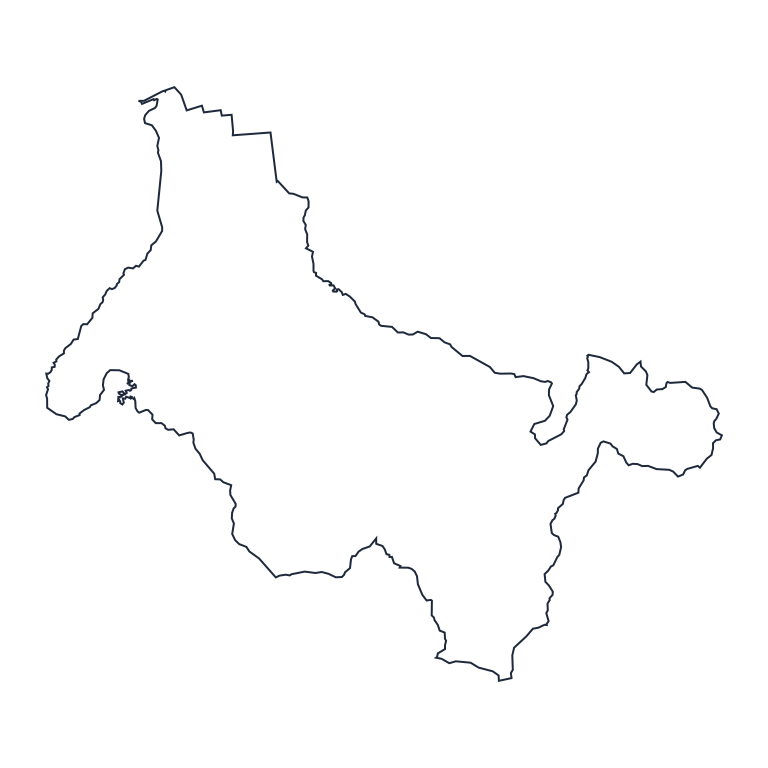 outline of Sacele, Brasov, Romania
{"feature_id": "2599482B39032167315521", "entity_name": "Sacele", "entity_type": "district", "adm_level": 2, "iso_a3": "ROU", "parent_name": "Romania", "parent_adm1": "Brasov", "projection": "mercator", "projection_center": [25.764, 45.547], "detail": "fine", "context": "isolated", "style": "outline", "palette": "slate", "viewbox_px": 768, "rotation_deg": 0, "n_neighbors": 0, "source": "geoboundaries", "source_scale": "gbopen_adm2", "svg_char_len": 6062}
<svg xmlns="http://www.w3.org/2000/svg" viewBox="0 0 768 768"><path d="M511.5,678.1L510.9,673.0L512.8,669.9L512.3,655.4L514.1,647.7L526.4,636.3L532.9,628.7L538.4,627.7L544.5,624.8L546.8,625.0L546.6,624.0L548.6,621.2L546.3,613.1L547.8,610.3L547.5,603.6L549.7,600.1L549.5,598.3L552.6,594.8L552.8,591.7L549.0,585.6L545.4,581.8L544.6,574.1L548.2,570.7L550.9,566.5L553.3,565.3L557.3,557.1L559.3,554.8L561.1,547.1L560.4,542.1L558.2,536.7L553.9,535.0L551.8,533.0L550.5,523.9L552.4,520.3L554.4,518.7L555.7,515.7L555.2,513.7L556.4,513.1L558.0,510.2L558.0,508.2L562.9,503.9L563.6,500.2L565.1,497.8L578.4,492.7L578.6,488.5L583.6,480.4L584.0,477.5L586.8,475.4L588.5,470.2L595.6,461.6L597.8,453.3L597.9,448.6L600.7,442.8L603.4,441.4L610.5,443.6L612.5,446.3L616.9,449.0L618.3,453.6L623.4,456.2L626.3,462.6L628.7,465.3L632.6,463.8L637.6,464.1L642.2,466.1L648.1,465.9L656.6,469.1L669.3,469.8L673.2,471.6L678.0,476.6L683.1,474.5L685.2,470.2L687.3,468.9L697.8,465.9L699.9,467.7L706.9,458.6L711.5,455.0L713.1,448.2L713.0,443.2L715.9,440.3L720.2,439.4L721.9,435.3L716.7,432.5L714.2,428.1L713.7,423.4L714.3,421.0L716.2,419.0L718.8,413.6L716.6,409.2L712.2,408.3L710.4,406.4L707.1,397.7L702.0,390.0L699.7,388.6L692.2,387.6L685.4,381.9L670.3,382.9L667.5,382.0L666.4,383.4L665.8,387.0L662.5,389.1L656.8,389.5L653.8,392.0L651.5,391.5L646.3,384.8L647.4,375.1L645.9,371.4L641.0,366.5L640.5,361.6L636.7,364.5L630.1,373.0L624.2,373.4L618.9,366.8L611.7,361.8L599.7,357.1L588.5,354.8L587.3,355.7L587.9,356.9L587.2,358.2L588.3,362.1L588.3,368.4L587.4,370.4L589.0,372.1L586.5,374.1L585.3,378.0L581.7,384.0L579.5,386.3L579.2,388.7L576.7,392.1L576.6,394.2L575.8,395.3L576.8,400.6L575.8,404.4L570.5,411.9L567.1,414.8L566.4,417.3L567.5,419.7L563.7,429.4L564.2,431.0L561.3,434.3L548.3,441.0L546.4,443.4L540.8,444.9L535.1,438.3L534.9,434.4L530.5,431.6L534.3,424.0L544.9,420.8L549.7,415.8L553.2,406.1L548.9,395.2L549.0,389.6L551.9,383.5L551.2,382.4L547.9,381.0L545.1,381.9L541.0,381.3L533.6,378.2L523.4,376.1L515.6,377.1L514.3,374.1L511.0,373.5L500.3,373.7L494.8,372.8L489.9,367.0L469.9,355.9L462.5,356.0L451.7,347.1L450.0,344.3L444.5,342.3L439.5,338.2L430.9,338.0L426.0,334.2L417.7,331.7L412.8,334.5L408.6,334.6L403.4,332.4L397.9,332.5L392.0,326.9L381.1,325.8L379.2,324.5L378.5,321.7L372.4,317.3L365.2,315.9L364.6,314.3L360.9,312.6L355.6,304.1L354.9,301.6L349.9,296.6L345.8,293.9L342.8,294.9L341.8,292.2L338.6,289.2L336.8,289.5L337.1,291.3L336.3,291.7L333.2,291.5L332.8,290.6L335.1,288.3L333.6,285.4L329.8,285.5L329.5,284.9L331.3,284.0L331.1,283.0L328.2,281.1L323.3,281.2L322.2,279.4L316.0,275.7L316.1,272.9L314.0,272.2L313.5,270.8L313.5,263.9L312.0,256.6L313.0,251.8L306.0,248.3L308.3,245.6L307.1,242.2L307.2,234.5L305.1,229.0L305.8,225.0L303.4,221.0L303.5,217.6L304.9,215.1L305.8,210.5L308.5,207.5L308.6,201.3L307.3,197.5L302.5,197.4L293.4,193.8L289.2,193.4L277.8,181.0L276.7,181.8L270.5,132.5L232.8,135.3L233.1,131.4L231.6,114.8L221.8,115.6L220.7,110.2L203.9,112.4L201.9,105.7L186.7,110.4L181.2,94.7L174.4,87.2L165.8,90.2L165.2,91.5L164.4,90.7L162.3,91.4L143.8,100.9L138.5,100.9L141.0,101.7L142.0,103.9L153.6,99.1L154.1,100.2L156.8,98.9L157.7,99.5L156.6,105.7L155.1,107.9L148.9,110.9L145.2,115.2L144.1,118.8L145.0,123.1L151.9,125.3L155.9,130.8L159.0,137.9L157.3,145.9L158.4,150.2L157.9,152.6L161.0,161.3L161.3,171.0L157.3,210.6L162.2,227.4L162.1,231.0L155.9,241.5L151.3,245.3L150.7,250.1L147.4,253.6L145.5,259.9L143.5,260.7L138.9,266.6L136.0,265.8L133.0,268.4L128.2,267.6L124.9,269.2L123.4,273.4L124.0,274.8L119.6,279.1L119.1,282.2L116.9,284.0L116.7,285.5L114.6,288.1L111.9,289.1L109.7,288.2L106.8,290.8L105.2,294.5L102.7,297.3L103.2,300.2L102.5,302.3L100.4,304.1L98.4,308.9L92.7,313.3L92.4,317.8L87.1,324.3L83.3,324.1L81.3,325.9L77.8,339.0L73.6,339.6L70.8,344.0L65.4,348.1L63.9,350.6L63.9,353.4L58.9,356.5L56.2,359.6L56.4,361.4L53.6,362.8L54.8,364.7L54.6,366.9L51.8,367.4L51.7,370.1L50.4,372.2L48.2,373.7L46.3,373.6L47.3,378.2L49.4,381.0L48.2,383.5L48.5,385.9L47.0,387.2L48.0,389.3L46.1,395.0L47.1,398.8L47.2,407.8L56.4,414.2L65.2,416.4L68.8,419.8L72.7,419.0L74.4,417.1L79.6,415.1L79.5,413.6L84.0,410.1L89.7,407.2L90.9,405.3L96.1,403.2L99.6,400.0L100.0,395.1L104.0,389.9L102.9,385.3L103.6,379.3L106.7,373.2L110.2,370.1L119.4,370.3L128.3,373.9L128.8,376.8L128.1,379.7L128.2,380.5L129.0,380.2L128.7,381.3L132.9,380.7L126.8,383.7L129.6,383.2L129.4,385.1L132.4,386.2L134.5,384.2L135.7,385.1L135.9,387.6L131.4,388.5L131.2,390.0L130.0,390.8L128.9,390.0L125.7,390.7L126.7,393.0L125.0,394.2L122.5,391.4L118.5,392.3L118.8,393.5L121.3,395.1L122.4,394.6L123.7,394.8L120.2,397.0L118.4,396.9L118.1,400.7L119.1,400.0L119.0,401.0L120.2,401.2L120.3,403.1L122.3,404.5L123.8,402.7L122.8,398.4L125.3,398.7L126.2,396.7L129.7,398.0L130.4,396.5L131.1,396.7L130.3,397.4L130.9,398.5L132.1,397.7L133.6,398.9L134.3,398.0L135.3,401.2L135.6,408.0L137.4,411.2L139.1,412.7L146.1,409.9L148.1,410.1L152.5,414.7L152.2,419.4L155.7,423.1L161.5,423.1L164.9,425.8L165.5,428.3L168.2,429.8L173.6,429.3L179.2,435.4L188.0,432.8L190.6,432.5L192.7,433.5L193.7,439.6L193.4,442.8L195.5,448.8L199.7,453.8L202.7,460.2L214.2,473.7L215.2,479.2L220.1,479.4L223.3,482.2L231.2,485.2L230.1,490.6L230.4,495.0L235.7,503.9L235.5,506.7L233.7,508.3L232.1,512.8L231.8,518.4L233.9,523.5L232.2,533.9L235.1,540.1L239.2,544.1L246.4,546.9L249.3,551.4L259.1,558.5L275.8,577.4L279.6,575.6L285.7,574.7L289.7,575.4L291.6,574.2L304.7,571.6L315.5,573.0L321.7,572.0L328.5,573.8L335.8,577.3L341.9,577.0L344.0,574.9L345.1,572.2L350.0,568.1L351.0,559.4L352.2,556.2L355.5,556.0L358.5,551.7L362.4,549.0L369.8,546.4L376.2,538.4L376.2,543.8L382.5,546.0L384.8,549.4L386.5,554.2L389.3,554.8L389.5,557.0L391.9,556.9L394.1,563.3L400.4,566.0L399.7,567.6L408.2,567.7L411.5,568.8L414.7,571.5L417.0,576.2L417.9,584.3L422.4,594.9L426.6,600.5L430.8,599.9L431.9,600.7L431.7,615.4L433.8,617.4L434.6,620.2L437.8,624.9L439.7,630.6L444.7,632.6L445.0,638.8L446.1,640.8L445.0,645.3L445.0,649.1L437.8,653.4L437.1,656.9L436.1,657.7L441.6,658.8L449.3,663.2L455.8,661.3L470.6,662.7L478.6,667.6L492.7,671.3L498.6,675.4L498.9,680.8L511.5,678.1Z" fill="none" stroke="#1e293b" stroke-width="2"/></svg>